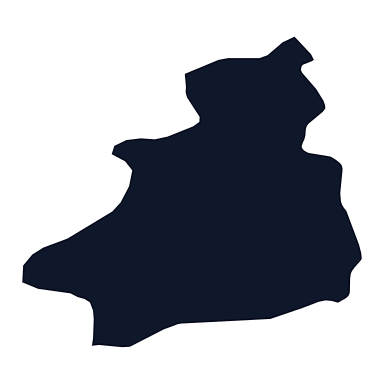 outline of Jendouba
{"feature_id": "TUN-106", "entity_name": "Jendouba", "entity_type": "Governorate", "adm_level": 1, "iso_a3": "TUN", "parent_name": "Tunisia", "parent_adm1": "", "projection": "albers", "projection_center": [8.765, 36.686], "detail": "fine", "context": "isolated", "style": "filled", "palette": "ink", "viewbox_px": 384, "rotation_deg": 0, "n_neighbors": 0, "source": "natural_earth", "source_scale": "10m", "svg_char_len": 1437}
<svg xmlns="http://www.w3.org/2000/svg" viewBox="0 0 384 384"><path d="M154.8,140.1L167.6,137.4L193.4,127.1L200.1,122.3L200.4,116.7L187.7,97.1L186.4,92.3L186.7,86.7L185.6,74.4L192.5,71.5L218.8,60.6L227.9,58.9L259.6,58.9L267.9,55.9L283.2,42.8L294.4,37.6L294.5,37.7L310.4,54.7L312.9,59.6L311.6,60.5L304.7,63.2L303.8,63.5L302.3,64.3L301.1,65.7L300.1,69.1L300.6,71.3L301.7,73.4L315.7,89.6L322.8,101.1L324.2,105.0L324.6,108.0L323.5,109.7L322.1,111.4L308.4,122.8L307.0,124.4L306.0,126.1L305.3,128.2L304.9,130.7L304.7,134.9L304.1,137.5L303.4,139.8L302.4,141.7L301.6,143.8L300.8,146.5L301.4,148.4L302.7,150.3L304.5,151.7L306.6,152.9L308.5,153.7L329.8,157.2L331.4,157.9L335.4,160.4L339.0,163.2L341.0,165.6L341.6,167.7L341.8,169.8L339.5,193.1L340.2,201.7L341.3,204.9L342.8,207.6L345.7,211.3L358.3,244.9L360.5,253.3L361.0,258.7L359.8,260.4L353.9,267.1L351.4,270.5L350.6,272.2L350.0,273.9L349.4,278.2L349.1,291.6L348.8,293.2L348.1,294.9L346.8,296.5L344.9,297.9L337.9,301.9L331.9,300.2L325.7,299.6L318.6,301.0L302.7,307.1L270.2,318.2L181.0,322.8L177.7,323.4L163.4,328.7L129.7,346.0L122.2,346.4L98.8,344.2L92.8,344.9L93.8,338.5L94.5,319.3L93.8,310.4L90.6,301.9L84.9,298.3L77.8,296.3L70.7,292.6L38.3,288.1L23.0,281.8L23.1,281.5L23.9,265.8L32.8,255.1L43.6,248.3L67.7,239.3L112.9,212.0L121.3,202.8L129.8,186.5L133.1,170.2L125.6,160.7L112.6,153.8L115.0,146.4L126.6,140.8L140.9,139.1L154.8,140.1Z" fill="#0f172a" stroke="#020617" stroke-width="1.5"/></svg>